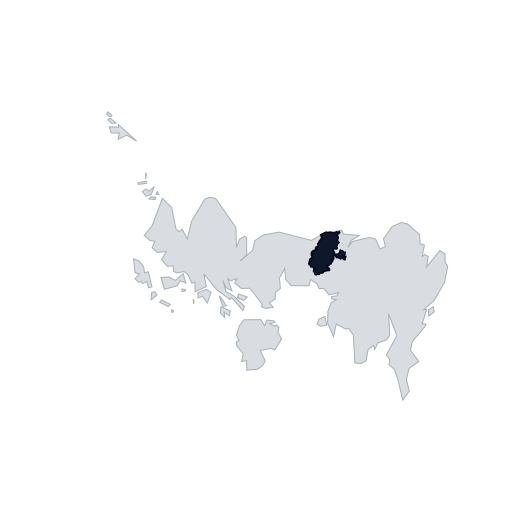 location of North Yorkshire within United Kingdom, rotated 300°
{"feature_id": "GBR-2140", "entity_name": "North Yorkshire", "entity_type": "Administrative County", "adm_level": 1, "iso_a3": "GBR", "parent_name": "United Kingdom", "parent_adm1": "", "projection": "mercator", "projection_center": [-1.361, 54.089], "detail": "fine", "context": "in_parent", "style": "filled", "palette": "ink", "viewbox_px": 512, "rotation_deg": 300, "n_neighbors": 0, "source": "natural_earth", "source_scale": "10m", "svg_char_len": 7136}
<svg xmlns="http://www.w3.org/2000/svg" viewBox="0 0 512 512"><g transform="rotate(300 256 256)"><path d="M272.1,399.8L254.1,411.6L248.4,410.8L241.5,404.9L234.3,405.6L237.4,402.6L231.2,399.8L220.4,403.7L215.7,401.0L212.8,395.1L236.1,379.9L239.7,372.5L237.6,370.2L237.1,359.6L225.0,363.4L233.6,351.6L244.2,345.9L253.4,344.5L258.2,347.5L256.7,342.8L258.8,341.7L261.9,346.0L265.4,345.8L258.9,338.7L261.8,330.9L259.3,327.0L262.3,322.8L263.0,315.1L256.7,316.8L247.8,301.2L250.5,293.6L259.4,287.1L248.7,287.3L240.1,293.3L234.0,290.9L228.4,294.1L222.1,291.0L220.2,296.6L215.5,290.5L214.7,285.9L217.1,285.8L225.1,266.9L220.6,259.6L222.0,251.0L227.0,250.7L221.6,246.4L222.5,242.4L213.8,252.5L213.6,245.9L218.4,239.6L210.3,247.6L210.2,257.0L206.7,271.0L202.2,272.0L207.8,255.7L205.3,255.3L207.1,238.9L214.4,219.7L204.7,228.3L194.6,221.2L203.0,216.1L200.3,214.2L205.9,206.5L206.5,201.4L201.7,195.8L201.5,192.3L206.1,189.2L202.7,184.5L205.6,176.1L215.0,176.1L209.7,168.7L211.2,162.0L218.1,161.0L216.4,156.2L218.0,148.9L230.2,151.0L259.1,146.1L255.8,158.7L239.5,173.1L238.5,177.3L242.3,178.6L236.4,188.0L254.0,182.8L279.6,183.2L283.9,186.7L285.7,192.1L270.7,224.3L253.7,234.7L262.6,233.4L267.5,236.4L267.0,238.8L252.6,247.3L243.7,244.8L259.2,250.2L268.6,247.3L278.1,252.0L288.4,264.4L297.2,296.1L309.0,303.3L321.3,317.2L318.7,320.6L325.4,335.3L317.4,330.8L309.2,331.2L316.9,332.3L328.7,344.9L330.5,351.0L324.0,359.9L328.9,363.3L334.7,357.8L349.7,359.2L357.7,365.2L359.5,371.2L356.4,386.9L348.8,392.0L349.7,396.3L338.8,400.2L341.8,401.6L341.7,405.5L331.9,409.1L352.7,412.5L352.3,418.6L344.9,423.1L343.1,427.1L327.3,432.5L306.6,432.5L293.4,428.1L295.1,430.6L280.5,433.8L281.9,437.0L280.4,437.8L260.2,434.1L251.7,436.9L246.0,449.8L235.2,444.7L224.0,448.1L215.8,456.3L204.6,455.1L220.5,440.1L227.1,432.1L228.3,425.4L233.1,423.8L235.3,418.4L257.4,417.8L272.1,399.8ZM197.0,319.6L183.8,319.3L183.8,315.6L176.3,306.9L169.6,316.6L163.7,316.3L158.5,313.7L152.5,305.2L160.6,300.1L157.4,296.3L164.9,293.8L168.5,284.3L171.9,282.0L174.3,283.6L177.5,278.7L187.4,276.5L194.7,277.4L203.3,292.0L199.9,298.4L206.1,297.6L208.5,303.5L208.2,305.6L204.3,301.7L204.6,307.7L206.6,308.1L205.6,311.7L201.0,313.0L197.0,319.6ZM193.2,157.0L190.6,164.0L185.8,167.8L188.5,170.6L177.3,181.3L174.7,178.8L179.4,174.5L175.2,171.3L176.7,169.4L174.6,167.7L175.8,162.6L182.2,163.9L181.1,159.5L192.4,151.4L193.2,157.0ZM194.3,190.9L194.5,198.3L204.3,201.7L197.6,208.7L196.7,202.7L190.6,202.6L181.4,193.3L189.9,184.5L194.3,190.9ZM294.5,64.3L298.8,72.5L301.0,71.3L295.8,95.2L296.0,83.6L288.2,78.2L294.2,76.1L290.1,69.2L294.5,64.3ZM202.0,235.4L190.8,237.3L194.5,229.9L190.7,226.9L195.2,224.0L202.4,229.9L202.0,235.4ZM232.7,342.0L238.2,345.9L231.4,351.9L227.7,347.5L227.4,343.1L232.7,342.0ZM194.7,251.0L195.5,261.1L191.0,263.0L191.1,256.6L187.1,259.7L188.7,253.8L194.7,251.0ZM259.1,127.3L258.7,131.2L265.2,133.1L256.7,134.6L252.8,130.6L255.0,125.5L259.1,127.3ZM216.1,268.9L211.4,267.7L210.6,260.8L214.4,259.9L216.1,268.9ZM300.7,434.9L296.8,438.3L290.3,435.7L295.5,432.2L300.7,434.9ZM198.0,255.3L195.9,252.4L203.1,243.9L201.6,248.2L198.0,255.3ZM172.1,183.9L174.5,186.1L172.6,189.8L165.7,187.1L172.1,183.9ZM171.2,206.0L168.4,205.4L167.8,195.7L170.8,196.1L171.2,206.0ZM301.2,68.4L298.6,64.6L300.1,59.6L302.3,61.0L301.2,68.4ZM265.9,123.7L264.1,124.8L259.1,118.1L260.7,117.2L265.9,123.7ZM256.7,139.7L254.4,140.2L251.9,135.0L254.5,135.2L256.7,139.7ZM306.8,55.7L305.7,61.1L303.7,60.6L303.9,55.7L306.8,55.7ZM272.1,120.3L267.3,122.0L272.6,119.2L272.1,120.3ZM191.5,211.8L190.1,212.2L188.3,209.7L190.6,208.5L191.5,211.8ZM262.4,138.3L260.7,141.2L259.5,138.5L262.4,138.3ZM186.3,224.7L183.4,226.0L187.2,223.2L186.3,224.7ZM167.7,211.7L165.9,212.3L165.1,211.5L166.9,209.7L167.7,211.7Z" fill="#d9dde1" stroke="#a8b0b8" stroke-width="1"/><path d="M306.7,301.4L311.2,304.3L311.8,304.9L312.1,305.4L312.1,305.7L312.1,306.0L312.1,306.4L312.4,306.7L313.0,307.2L313.3,307.5L313.7,308.1L314.0,308.9L314.3,309.8L314.3,310.5L314.4,310.8L314.5,311.0L314.8,311.3L314.8,311.6L314.7,311.8L314.9,312.0L315.3,312.6L316.3,313.0L316.5,313.1L316.7,313.4L317.2,313.6L317.4,314.0L317.5,314.9L317.6,315.1L318.1,315.7L318.8,316.0L318.6,316.4L318.4,316.7L316.9,316.6L316.5,316.2L315.6,316.1L315.2,315.5L314.7,315.3L314.3,315.6L314.2,316.5L313.6,317.0L313.8,317.3L313.7,317.6L312.3,318.4L311.6,318.3L311.1,318.4L310.4,319.0L309.6,319.3L309.7,319.7L309.6,320.3L309.1,320.5L309.0,321.2L308.3,321.1L307.7,320.6L304.4,321.2L303.8,321.9L303.6,322.4L303.1,322.4L302.4,322.3L302.0,321.8L302.0,321.1L301.9,320.4L301.5,320.0L301.1,320.0L300.2,320.0L299.5,320.2L299.0,320.4L298.8,320.9L298.7,321.5L298.4,322.1L298.0,322.2L297.6,322.3L297.2,322.5L297.2,323.4L297.5,324.5L298.4,325.8L299.1,326.4L300.4,326.5L301.6,326.5L302.7,326.0L303.3,326.1L303.3,327.3L303.8,328.2L303.5,328.9L303.5,329.6L302.9,330.5L302.9,330.8L303.6,331.3L303.3,331.4L302.5,332.0L301.7,332.3L300.1,331.6L300.1,332.3L299.8,332.9L300.5,333.9L299.8,334.1L299.4,334.4L299.2,334.4L298.9,334.1L297.9,334.2L297.6,334.9L297.3,334.9L296.9,334.3L296.9,333.4L297.0,333.1L297.3,332.3L297.7,332.1L297.7,331.7L296.7,331.4L296.1,330.7L295.7,330.7L295.7,330.3L296.1,330.0L296.0,329.6L295.8,329.2L295.6,328.9L295.7,327.8L295.3,326.9L294.9,326.7L294.9,326.4L295.7,326.4L295.7,325.8L295.6,325.2L296.0,324.4L295.9,324.1L295.1,323.4L294.0,323.6L293.2,324.1L293.2,324.4L293.0,324.6L292.6,324.8L291.5,324.6L291.2,324.0L290.9,323.7L290.6,324.1L290.6,324.7L290.5,324.8L289.9,324.9L288.7,324.7L287.5,324.9L286.8,324.9L286.5,324.4L286.1,324.3L285.8,323.7L285.4,323.4L284.6,323.6L284.4,323.9L283.8,323.5L283.7,322.7L283.2,323.0L282.3,322.9L282.1,323.2L282.2,323.8L281.7,324.4L281.9,325.1L281.9,325.8L281.6,326.1L281.1,326.0L280.5,326.8L279.8,326.3L279.1,325.4L278.9,324.5L277.5,323.7L277.4,323.0L277.2,322.6L276.5,322.6L276.4,322.4L276.4,322.0L275.4,322.5L275.1,322.4L274.9,321.8L274.1,321.7L273.9,321.3L274.1,320.8L273.9,320.6L273.8,320.1L273.7,319.9L273.2,319.8L272.2,320.1L271.8,320.0L271.5,319.7L271.5,318.9L271.3,318.6L270.3,317.9L269.7,317.4L269.6,316.8L269.7,316.0L270.3,315.7L270.4,315.3L271.7,313.7L271.8,313.2L272.8,313.3L273.1,312.8L273.8,312.5L274.2,312.8L274.7,312.7L274.8,312.5L274.9,311.9L274.6,311.4L274.7,311.0L274.7,309.9L274.6,309.6L274.0,309.2L273.9,308.9L275.2,307.7L275.2,307.3L275.0,306.5L275.4,305.8L276.0,305.4L277.1,305.4L277.6,304.9L277.9,305.1L278.2,305.3L279.1,304.6L280.2,304.2L281.0,304.5L282.1,305.1L282.6,305.1L284.3,304.2L284.3,303.7L284.6,303.3L284.8,303.4L285.6,304.2L285.8,303.5L286.0,303.0L286.0,302.5L286.4,302.4L286.9,302.6L287.1,302.3L287.8,302.4L288.2,302.4L288.6,302.6L288.8,303.1L289.5,303.0L290.0,303.9L290.9,304.7L291.2,304.7L291.1,304.2L291.7,304.3L291.9,304.5L292.2,305.4L292.4,305.6L292.7,305.5L292.7,305.3L292.3,304.1L292.3,303.7L292.5,303.5L293.0,303.8L293.0,304.2L293.4,304.3L293.5,303.8L294.0,303.9L294.1,303.7L294.3,303.9L294.5,304.7L295.1,304.7L295.2,304.9L296.8,304.0L296.9,303.9L297.2,303.5L297.9,303.3L298.3,303.4L299.7,303.6L300.5,303.3L301.5,303.8L302.6,303.5L303.0,303.6L303.5,304.0L304.6,303.6L305.5,304.0L305.5,302.9L305.7,302.4L306.0,302.0L306.5,301.8L306.7,301.4L306.7,301.4Z" fill="#0f172a" stroke="#020617" stroke-width="1.5"/></g></svg>